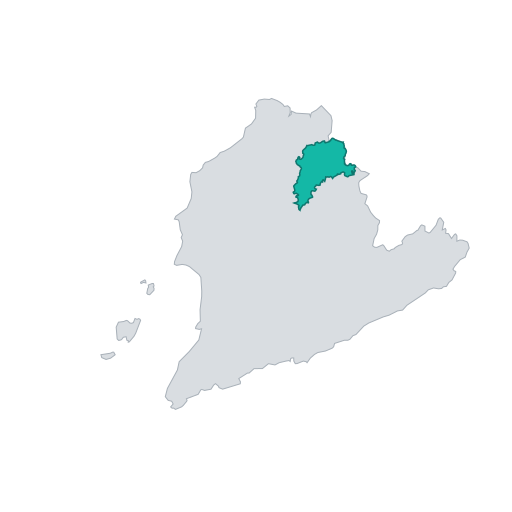 Spain, with Badajoz highlighted, rotated 147°
{"feature_id": "ESP-5807", "entity_name": "Badajoz", "entity_type": "Autonomous Community", "adm_level": 1, "iso_a3": "ESP", "parent_name": "Spain", "parent_adm1": "", "projection": "robinson", "projection_center": [-5.947, 38.694], "detail": "fine", "context": "in_parent", "style": "filled", "palette": "teal", "viewbox_px": 512, "rotation_deg": 147, "n_neighbors": 0, "source": "natural_earth", "source_scale": "10m", "svg_char_len": 9218}
<svg xmlns="http://www.w3.org/2000/svg" viewBox="0 0 512 512"><g transform="rotate(147 256 256)"><path d="M271.3,138.7L271.4,139.9L273.5,142.1L280.1,143.4L281.7,144.3L281.5,147.3L279.9,149.9L281.4,151.0L282.9,151.0L284.8,148.9L285.2,150.3L288.2,151.6L294.7,153.9L299.4,154.3L304.2,158.9L311.9,158.1L319.0,162.6L325.5,161.6L327.0,162.5L337.2,162.6L337.6,158.9L338.8,157.4L356.5,162.5L358.7,165.7L358.4,167.3L359.5,171.0L361.8,170.8L366.3,168.8L372.4,171.3L374.1,173.6L375.3,173.8L379.8,171.5L392.1,174.2L392.5,172.4L393.3,171.9L398.4,170.3L400.5,170.0L407.1,171.2L407.9,173.3L409.3,174.1L409.8,175.9L406.1,177.0L405.8,180.1L408.3,182.8L408.7,187.4L402.4,193.2L384.0,203.2L378.0,209.2L364.1,212.2L349.7,216.7L341.3,224.6L343.5,225.3L346.2,228.0L345.3,229.2L341.6,231.0L338.2,231.6L332.2,241.4L323.7,251.5L320.6,256.1L313.9,268.1L313.9,271.5L317.6,283.4L319.6,286.5L322.4,289.1L327.7,291.4L329.0,293.6L327.3,295.7L322.1,299.4L313.2,304.4L309.4,308.4L308.7,312.2L306.1,313.9L305.2,319.3L301.7,326.7L301.5,328.7L304.3,331.4L301.6,333.0L287.6,333.7L279.0,339.5L274.8,344.7L271.0,354.3L266.3,360.0L264.2,361.0L260.9,358.5L256.8,358.2L252.8,359.0L250.8,361.0L247.5,362.1L244.4,361.1L237.5,360.6L234.4,360.7L229.7,362.3L225.6,361.2L218.6,360.7L203.7,362.0L201.8,362.6L195.2,369.0L187.9,369.2L181.3,371.8L177.0,378.1L176.1,381.5L174.8,380.7L173.8,381.0L173.3,383.5L168.7,385.2L163.6,383.1L159.4,379.9L157.2,379.7L153.6,374.8L152.0,371.7L150.9,368.4L150.8,366.0L147.6,364.7L146.8,361.6L149.2,357.6L152.3,355.4L149.4,355.6L147.3,358.2L144.6,354.0L133.8,346.0L134.4,343.2L132.5,345.3L131.3,345.9L125.7,345.5L119.3,346.5L116.7,332.9L118.4,328.1L125.6,318.8L130.1,317.5L131.9,312.7L127.8,312.9L121.3,303.7L123.0,295.1L129.5,288.6L130.6,286.0L130.9,283.6L129.7,281.9L126.1,281.0L122.5,274.2L121.7,269.9L118.7,267.5L116.2,263.3L118.5,262.7L127.7,262.6L129.9,261.6L131.6,258.7L133.4,254.1L133.8,251.3L130.2,247.2L130.1,246.4L130.6,245.1L136.2,240.6L135.1,237.2L136.0,230.2L135.6,226.1L135.0,222.8L133.1,218.4L134.3,216.7L137.2,215.2L139.6,211.6L143.0,208.6L147.4,206.3L152.6,201.1L151.7,198.7L150.0,197.4L143.6,196.4L143.2,195.3L143.2,189.7L141.6,187.4L139.3,187.7L135.8,186.7L134.9,187.3L130.4,187.1L127.3,186.1L126.0,187.0L125.6,189.0L120.3,191.0L117.4,191.0L112.5,189.2L107.0,189.8L106.3,189.4L101.6,191.7L100.0,191.8L98.1,189.0L100.7,184.9L98.5,181.1L97.1,180.9L88.3,183.7L83.1,187.5L81.1,187.9L80.4,187.3L80.2,182.0L85.6,176.4L82.2,176.0L82.4,174.4L84.6,171.8L82.4,169.9L82.5,164.2L77.7,166.0L76.5,165.8L76.5,163.5L79.5,159.0L76.4,158.4L74.1,156.7L71.3,153.0L71.3,151.1L72.9,146.5L77.0,144.3L81.1,141.1L86.7,141.7L95.1,139.1L98.0,137.7L97.9,135.7L96.9,134.3L97.8,133.0L104.6,129.2L108.7,128.8L112.8,126.8L115.6,128.1L118.0,127.7L120.8,129.1L124.5,132.5L129.9,133.8L134.2,132.8L156.2,132.5L162.5,130.8L167.3,132.9L176.7,133.9L182.4,135.6L198.0,138.4L203.7,138.5L215.0,135.7L218.1,136.4L222.6,135.0L224.8,135.3L227.7,137.2L237.7,139.9L240.3,137.6L242.2,137.2L249.5,138.5L256.8,141.4L260.5,141.6L266.0,140.8L271.3,138.7ZM408.9,259.0L411.5,260.1L414.3,259.1L415.7,259.4L417.2,260.0L417.6,262.1L412.0,272.5L407.4,275.4L402.6,273.1L399.8,272.6L399.0,271.7L398.2,268.4L396.9,267.3L395.1,266.9L391.5,269.5L390.3,267.7L388.5,267.4L387.8,266.3L387.8,264.9L398.9,256.8L402.1,255.1L409.0,253.0L410.1,253.3L409.2,254.5L410.2,255.7L408.9,259.0ZM440.7,254.8L439.8,257.7L431.2,253.8L428.4,253.4L427.7,252.8L427.9,249.9L433.5,249.5L438.1,250.9L440.7,254.8ZM363.1,288.2L362.2,290.3L358.0,289.5L357.0,288.7L357.8,286.4L359.0,286.1L359.1,284.4L360.3,282.8L366.2,281.4L367.6,282.6L367.9,284.2L364.4,287.8L363.1,288.2ZM367.4,296.5L366.8,296.9L362.2,296.5L362.1,295.2L363.0,293.3L364.7,295.1L367.4,295.5L367.4,296.5Z" fill="#d9dde1" stroke="#a8b0b8" stroke-width="1"/><path d="M123.3,298.3L123.2,298.0L123.1,297.9L122.9,297.8L122.8,297.6L122.7,297.3L122.7,297.0L122.8,296.2L123.0,295.1L123.1,294.9L123.3,294.4L124.6,293.3L125.0,293.0L125.4,292.9L125.8,292.5L126.2,292.1L126.4,291.8L126.6,291.5L127.9,291.3L128.4,291.1L128.7,290.7L129.0,290.5L129.3,290.3L129.2,289.9L129.4,289.3L129.0,288.7L129.6,288.2L130.2,287.4L131.1,285.7L131.4,285.4L131.6,285.0L131.5,284.7L131.2,284.5L131.4,283.9L131.2,283.3L130.8,282.7L130.4,282.2L129.8,281.8L129.1,281.6L128.3,281.7L127.7,282.1L127.3,282.2L126.9,282.2L126.5,282.0L126.2,281.7L126.2,281.4L126.5,280.8L126.6,280.4L126.2,279.8L125.6,279.5L124.8,279.3L124.1,278.9L123.8,278.4L123.6,277.7L123.6,277.0L124.0,276.4L125.3,276.6L126.5,275.0L126.6,274.8L126.6,274.6L126.3,274.2L126.2,274.0L126.2,273.9L126.4,273.5L126.4,273.4L127.6,272.8L128.2,272.6L128.9,272.7L128.7,274.2L128.9,274.9L129.4,275.1L129.6,274.9L129.8,274.7L130.3,273.0L130.3,272.7L130.2,272.5L130.1,272.3L129.9,272.1L129.0,271.6L129.5,270.9L133.9,272.6L134.4,272.7L135.4,272.4L135.9,272.5L136.4,272.9L136.9,274.0L137.5,274.5L137.7,275.3L137.4,276.2L136.3,277.5L136.9,278.8L137.2,279.1L139.6,279.5L140.2,278.8L142.2,279.4L142.4,279.5L142.5,279.9L142.5,280.0L142.8,280.3L143.1,280.3L143.3,280.3L143.6,279.8L143.8,279.7L148.1,280.0L149.5,279.3L149.6,281.1L149.7,281.6L150.2,282.1L151.5,282.2L152.0,282.5L152.5,283.3L152.9,283.5L153.5,283.5L154.4,284.4L155.9,282.7L157.7,281.2L158.0,283.2L158.1,283.3L158.7,283.3L159.9,281.8L160.4,282.7L162.2,282.0L163.0,281.5L163.5,280.6L164.7,280.9L166.8,282.7L168.0,282.1L168.9,282.1L169.3,281.9L169.6,281.6L169.9,280.9L169.9,280.5L169.1,279.3L169.0,279.2L170.2,278.5L170.9,278.3L171.6,278.5L172.9,279.8L173.6,280.2L174.5,280.0L174.9,279.7L175.6,279.0L176.2,277.8L176.3,277.5L176.2,277.3L176.1,276.9L176.0,276.7L176.2,275.4L176.4,274.6L176.9,274.5L179.0,275.1L180.9,275.1L181.9,274.5L182.4,274.1L182.6,273.8L182.6,273.5L182.6,272.8L182.7,272.5L183.1,272.1L183.5,272.4L184.2,273.3L186.0,273.1L187.3,272.4L189.1,273.2L189.7,272.8L189.9,272.8L190.1,272.7L190.3,272.6L190.9,272.3L191.9,272.1L192.2,271.9L192.5,271.5L193.9,270.8L194.2,270.4L194.6,271.5L194.5,272.1L194.1,272.8L193.7,274.0L193.4,274.3L193.2,274.4L192.9,274.5L192.7,274.6L192.5,274.9L192.5,275.2L192.5,275.5L193.1,276.7L193.5,277.6L193.7,277.9L194.0,278.2L194.8,279.1L195.2,279.7L194.8,279.6L194.7,279.6L193.7,279.2L193.3,278.9L192.8,278.8L192.3,278.9L192.1,279.0L191.8,279.0L191.3,278.8L191.1,278.8L190.9,279.0L190.7,279.2L190.6,279.4L190.2,279.8L189.9,280.2L189.8,280.5L189.4,281.9L189.4,282.4L189.5,282.8L190.2,283.2L190.4,283.4L190.4,283.7L190.3,283.9L189.7,284.3L189.4,284.4L189.2,284.4L188.7,284.2L188.0,283.8L187.8,283.8L187.5,283.7L187.3,283.8L187.1,284.0L187.1,284.4L187.2,284.7L187.3,284.9L187.3,285.2L187.5,285.3L187.7,285.5L187.7,285.8L187.7,286.0L187.8,286.2L187.9,286.5L188.0,286.7L188.2,286.8L189.1,287.1L189.3,287.2L190.0,287.3L190.2,287.5L190.3,287.9L190.2,288.4L190.1,289.1L189.9,289.3L189.7,289.3L189.0,289.2L188.7,289.2L188.4,289.3L188.2,289.4L188.0,289.6L187.8,289.8L187.4,290.6L187.3,290.9L186.6,293.2L186.4,293.9L186.1,294.2L185.9,294.3L185.6,294.4L185.3,294.4L184.8,294.6L184.1,294.7L183.6,294.9L181.5,294.9L181.2,295.1L181.1,295.3L181.2,295.5L181.2,295.8L181.1,296.1L181.0,296.3L181.0,296.5L180.9,296.7L180.1,296.9L178.8,297.7L177.9,298.5L177.7,298.8L177.5,299.1L177.4,299.4L177.1,299.4L176.8,299.4L176.2,299.4L175.9,299.4L175.4,299.9L175.2,300.0L175.0,300.4L174.8,300.6L174.7,300.8L174.7,301.0L174.5,301.4L174.3,301.7L173.5,302.2L173.1,302.6L172.9,302.8L172.6,303.3L172.4,303.4L172.0,303.6L170.7,304.2L170.4,304.5L170.2,304.7L170.0,305.4L170.0,305.6L170.0,305.8L170.3,306.2L170.4,306.4L170.4,306.5L170.4,307.1L170.2,307.6L170.3,307.9L170.4,308.0L170.6,308.1L170.8,308.4L170.9,308.6L171.0,309.0L171.1,309.3L171.2,309.5L171.5,309.9L171.5,310.1L171.5,310.3L171.5,310.5L171.6,310.8L171.6,311.0L171.6,311.3L171.6,311.5L171.6,312.0L171.4,312.2L171.3,312.5L171.2,312.9L171.2,313.2L171.2,313.4L171.1,313.6L169.9,314.5L168.7,314.4L168.2,314.7L168.0,315.0L167.4,315.5L166.8,315.9L166.3,316.0L166.0,316.0L165.8,315.8L165.7,315.1L165.6,314.9L165.7,314.7L165.8,314.5L166.0,314.4L166.3,314.3L166.7,314.0L166.8,313.8L166.8,313.6L166.6,313.4L166.2,313.0L165.8,312.7L165.5,312.6L163.6,312.9L162.8,313.2L162.6,313.4L162.4,313.6L162.1,314.0L161.8,314.3L161.1,314.7L160.8,314.9L160.6,315.2L160.5,315.4L160.4,315.7L160.4,315.9L160.6,316.1L160.7,316.3L160.8,316.5L160.8,316.8L160.7,317.0L160.2,317.6L160.1,317.8L160.0,318.1L159.9,318.4L159.6,318.7L159.3,318.9L159.0,319.0L157.8,319.3L157.3,319.3L155.2,319.7L154.5,320.1L153.6,320.7L153.2,321.0L152.8,320.6L149.2,319.2L148.5,319.0L148.4,318.8L148.3,318.6L148.2,318.3L148.0,318.0L146.9,317.2L146.6,317.1L146.3,317.1L146.1,317.1L145.9,317.3L145.8,317.5L145.6,317.7L145.2,318.0L145.0,318.4L144.9,318.5L144.5,318.5L143.8,318.3L142.5,318.2L142.4,318.0L142.3,317.8L142.3,317.6L142.3,317.3L142.2,317.1L141.7,316.4L141.3,316.1L140.9,316.0L140.5,315.9L139.6,315.8L138.9,315.9L137.6,315.9L136.9,315.6L136.5,315.4L136.2,315.4L135.9,315.2L135.9,314.8L136.1,314.3L136.2,314.1L136.4,313.9L136.4,313.7L136.3,313.2L132.5,312.0L132.1,312.4L131.7,312.1L130.9,312.2L130.2,312.4L129.6,312.8L129.0,313.0L128.3,313.2L127.9,313.2L127.5,312.8L127.2,312.6L126.1,309.9L126.0,309.7L125.5,309.4L125.3,309.2L125.2,309.0L125.0,308.6L124.9,308.4L122.0,304.8L121.2,304.2L120.8,304.0L121.2,303.6L121.5,303.3L121.5,302.9L121.2,302.4L121.5,302.0L122.0,300.4L123.2,298.8L123.3,298.3Z" fill="#14b8a6" stroke="#0f766e" stroke-width="1.5"/></g></svg>